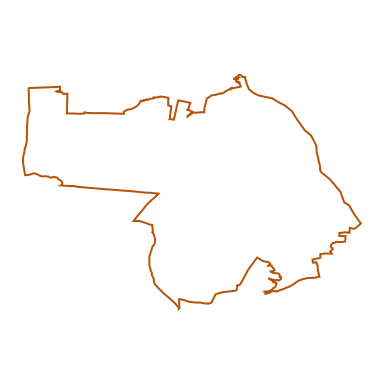 the district of Bucovat, Dolj, Romania
{"feature_id": "2599482B36791492645492", "entity_name": "Bucovat", "entity_type": "district", "adm_level": 2, "iso_a3": "ROU", "parent_name": "Romania", "parent_adm1": "Dolj", "projection": "orthographic", "projection_center": [23.683, 44.282], "detail": "fine", "context": "isolated", "style": "outline", "palette": "amber", "viewbox_px": 384, "rotation_deg": 0, "n_neighbors": 0, "source": "geoboundaries", "source_scale": "gbopen_adm2", "svg_char_len": 5898}
<svg xmlns="http://www.w3.org/2000/svg" viewBox="0 0 384 384"><path d="M178.8,309.0L179.2,308.7L179.4,307.7L179.2,301.4L179.0,299.7L178.9,299.4L179.3,299.1L184.8,300.2L186.3,300.9L189.2,301.8L195.0,302.5L200.7,302.6L204.8,303.5L206.9,303.4L208.2,303.8L209.5,303.2L211.3,302.7L211.6,302.4L212.1,301.6L212.3,300.4L213.0,299.6L213.7,298.0L214.3,297.2L214.8,296.0L215.2,294.8L215.5,294.3L216.7,294.0L218.5,293.3L222.2,292.3L236.0,290.6L236.7,289.7L237.1,288.4L237.1,287.2L236.9,285.9L237.0,285.4L237.2,285.2L238.8,285.2L239.7,284.8L240.2,284.2L242.5,280.5L242.9,279.6L244.8,276.2L248.0,270.0L249.8,267.5L252.9,263.4L254.7,260.7L255.8,259.3L257.0,257.6L259.1,258.7L262.8,261.0L269.0,262.3L270.0,263.5L269.9,264.2L269.4,264.8L268.4,265.4L268.2,265.7L270.0,265.5L271.4,265.5L272.4,267.1L274.3,269.5L274.5,270.0L274.5,270.5L274.4,270.6L273.4,270.9L272.7,271.4L270.6,271.4L270.7,271.6L271.7,272.3L273.8,273.1L275.1,273.0L276.2,273.3L277.9,273.4L278.7,273.6L279.1,273.9L279.3,274.5L279.8,275.3L279.6,276.9L280.9,276.9L281.1,277.0L281.0,278.9L278.8,280.6L276.5,279.8L275.8,280.3L273.5,280.1L272.3,279.5L270.9,279.0L269.1,278.6L269.1,278.9L270.5,279.6L271.8,280.5L273.1,281.3L272.9,281.6L273.1,282.2L274.4,282.2L275.1,282.5L275.7,283.3L276.4,283.1L276.5,283.4L276.2,284.7L275.8,286.0L275.5,286.6L274.4,287.6L273.1,288.3L272.4,288.9L272.1,289.6L269.3,291.1L266.8,291.5L264.8,291.5L264.4,291.7L265.4,292.2L265.6,292.8L265.4,293.9L266.3,293.9L267.4,293.0L269.2,292.9L269.7,292.7L270.4,292.0L272.1,291.2L274.5,291.2L275.5,291.0L276.1,291.5L279.0,290.6L282.8,289.1L283.8,289.0L286.6,287.5L288.8,286.9L290.9,285.9L292.5,284.7L294.1,283.9L296.0,282.4L298.5,280.7L302.6,279.3L307.3,278.1L314.9,277.7L316.0,277.6L317.6,276.9L319.4,276.8L318.2,271.7L317.6,267.8L317.7,266.3L317.5,265.5L316.8,264.2L316.6,263.3L316.7,262.7L316.3,262.3L316.2,262.5L312.9,262.6L312.5,259.5L313.4,259.5L315.7,258.8L319.7,258.0L320.4,257.7L320.3,254.1L325.0,253.5L331.9,253.6L330.3,251.2L332.8,249.2L332.5,248.3L332.3,248.0L331.2,247.5L330.7,245.9L331.8,244.0L333.0,243.0L335.8,242.5L336.0,241.9L337.4,241.9L340.1,242.1L343.8,241.8L345.0,241.5L345.5,239.2L345.6,238.7L345.4,238.3L345.4,235.9L344.3,236.2L339.4,235.9L339.4,232.9L341.5,232.8L344.9,232.3L349.5,232.7L349.8,227.9L353.3,228.7L354.6,228.7L355.3,228.3L361.0,223.4L358.4,220.2L353.1,212.5L349.1,205.3L344.4,202.6L342.4,197.5L340.6,192.2L338.3,189.1L337.1,188.0L334.2,184.2L329.6,179.0L325.7,175.8L321.7,172.7L320.7,171.2L320.1,170.0L320.1,166.5L318.7,160.9L317.8,156.5L316.6,152.0L316.5,146.6L315.3,143.6L311.0,135.4L304.8,130.4L296.3,118.3L291.7,110.9L285.2,105.7L277.5,101.6L272.1,98.2L266.5,97.2L257.6,95.1L253.2,92.7L248.9,89.2L246.4,82.8L245.2,78.7L245.2,77.5L245.3,77.1L242.5,76.9L242.1,76.6L241.4,75.5L240.9,75.1L239.7,75.0L238.1,75.6L237.9,75.9L237.7,76.9L238.2,77.1L238.5,77.3L237.4,77.5L236.7,77.1L236.4,77.2L236.6,77.5L237.6,78.1L237.7,78.3L237.3,78.2L236.2,77.6L235.8,77.5L235.4,77.9L234.9,78.0L236.3,78.4L236.5,78.6L235.6,78.5L234.5,78.2L234.2,78.4L234.1,79.0L235.8,79.3L236.3,79.5L236.8,80.7L236.7,81.0L235.9,81.3L236.0,81.6L237.6,82.1L238.2,82.6L238.2,81.8L238.4,81.8L239.6,82.6L239.7,83.8L240.0,84.9L240.4,85.2L240.7,86.6L239.5,87.0L236.1,87.5L233.0,88.4L232.7,88.3L232.2,87.7L231.8,87.7L230.9,88.2L231.0,89.0L230.8,89.4L230.5,89.4L229.9,89.0L228.9,89.4L227.4,90.4L224.6,92.0L224.3,92.3L222.6,93.3L221.0,93.6L220.5,93.3L219.4,93.9L217.7,94.1L215.8,94.8L214.5,95.0L212.9,95.1L211.6,95.5L208.9,97.1L208.5,97.6L207.2,98.2L206.8,98.9L204.4,108.3L204.3,110.7L204.1,112.4L201.8,112.2L195.0,112.8L193.6,112.4L193.3,112.5L187.5,116.5L187.5,116.1L187.7,115.8L188.9,114.9L191.0,113.0L192.1,111.7L189.3,110.2L187.4,110.0L187.5,109.7L188.1,109.2L188.6,108.3L188.7,107.5L190.4,102.9L178.5,100.3L178.1,101.0L176.2,109.1L174.8,115.7L173.8,119.7L171.6,119.3L169.5,119.1L170.0,117.5L170.1,115.4L170.3,114.2L170.6,110.9L171.1,108.5L171.4,106.3L171.1,106.1L168.6,105.6L168.2,105.4L168.2,101.4L168.4,98.1L166.2,97.4L162.4,96.7L160.6,96.6L159.7,96.7L158.9,97.1L156.3,97.3L154.7,97.7L154.2,98.0L154.1,97.5L153.8,97.4L153.4,97.5L153.4,98.0L152.0,98.7L150.3,98.8L148.9,99.3L148.1,99.8L147.3,99.7L146.9,99.3L146.5,99.9L145.6,100.2L144.8,100.2L144.2,99.9L143.5,100.1L143.5,100.9L141.6,101.1L140.5,100.9L140.2,102.0L139.6,102.7L139.3,103.5L137.1,106.0L133.6,108.0L131.1,109.2L128.2,109.5L126.3,110.2L123.8,111.9L123.8,112.1L123.8,113.8L103.0,113.1L92.7,113.2L90.4,112.9L89.1,113.1L87.8,112.9L85.3,112.6L84.9,112.3L84.4,112.3L84.3,113.5L81.1,113.8L78.3,113.8L74.6,113.5L66.8,113.4L67.4,96.9L67.3,93.7L63.1,93.9L62.8,93.5L62.5,92.6L62.2,92.4L58.1,91.9L56.6,91.4L57.2,91.1L60.1,90.5L59.9,86.6L56.4,87.0L30.2,88.0L28.6,88.4L28.7,89.5L29.1,105.5L29.4,107.7L29.6,111.7L29.4,112.1L28.8,112.7L28.8,113.8L28.7,114.4L27.7,116.2L27.1,126.6L26.8,137.5L26.8,141.5L26.1,144.2L25.8,146.4L24.7,148.0L24.9,148.9L23.3,156.7L23.1,158.5L23.0,159.9L23.2,163.9L25.1,175.1L26.6,175.2L28.1,174.9L29.6,174.7L32.5,173.6L34.6,173.4L36.8,174.1L39.8,175.7L41.1,176.2L42.9,176.4L45.7,176.2L47.4,176.5L48.4,176.5L49.8,177.4L50.7,177.7L51.5,177.7L53.0,177.0L53.5,176.9L54.0,176.9L55.4,177.3L56.2,177.3L57.4,177.8L57.9,178.5L58.2,179.2L58.5,179.5L59.5,179.8L61.6,181.0L61.7,181.4L61.8,182.1L62.4,183.0L62.2,183.8L61.7,184.8L61.5,185.1L60.9,185.4L65.5,185.8L70.0,186.0L70.1,186.3L70.4,186.4L70.5,186.0L73.7,186.0L75.1,186.2L75.5,186.3L75.7,186.6L76.2,186.7L106.3,189.3L111.6,189.6L119.4,190.3L133.8,191.4L145.7,192.7L149.0,192.7L154.4,193.2L158.3,193.5L158.7,193.7L151.0,200.6L147.0,204.4L140.9,212.0L137.3,216.2L133.6,221.0L135.1,221.1L137.9,220.9L139.1,221.0L142.3,221.8L150.0,224.6L152.2,224.9L152.9,232.2L152.4,232.4L153.6,234.1L154.3,235.8L155.0,239.0L155.2,241.0L154.7,243.6L154.1,244.8L153.3,245.5L152.5,246.6L149.3,256.7L149.4,265.2L150.7,270.3L151.9,273.2L151.9,275.1L153.7,278.5L154.1,282.1L154.5,283.4L155.3,284.8L163.4,293.1L174.4,302.6L178.9,307.8L178.8,309.0Z" fill="none" stroke="#b45309" stroke-width="2"/></svg>